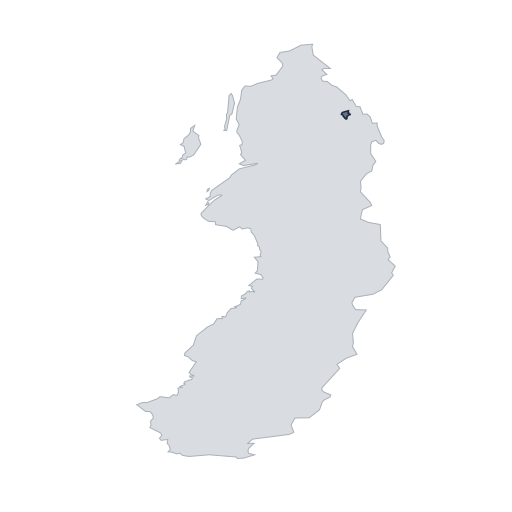 Lerum, Västra Götaland, Sweden (highlighted), rotated 165°
{"feature_id": "70781695B46333437136536", "entity_name": "Lerum", "entity_type": "district", "adm_level": 2, "iso_a3": "SWE", "parent_name": "Sweden", "parent_adm1": "Västra Götaland", "projection": "equal_earth", "projection_center": [12.359, 57.865], "detail": "fine", "context": "in_parent", "style": "filled", "palette": "slate", "viewbox_px": 512, "rotation_deg": 165, "n_neighbors": 0, "source": "geoboundaries", "source_scale": "gbopen_adm2", "svg_char_len": 4289}
<svg xmlns="http://www.w3.org/2000/svg" viewBox="0 0 512 512"><g transform="rotate(165 256 256)"><path d="M108.4,333.0L110.4,336.8L114.7,336.3L116.5,333.5L118.7,325.3L115.8,316.3L119.7,313.2L122.1,308.2L128.1,306.8L135.9,301.0L136.7,295.2L138.5,290.9L131.7,278.0L131.2,274.8L141.3,273.2L145.6,264.7L138.6,259.3L127.8,254.2L131.4,238.2L126.8,229.6L127.5,226.0L126.7,220.4L129.4,218.2L124.1,210.2L129.3,204.7L128.4,201.8L143.2,190.9L153.0,188.8L171.1,190.5L175.4,186.2L175.5,183.9L173.7,178.4L163.5,175.3L174.4,165.6L182.8,156.3L184.3,147.3L186.2,143.5L183.9,134.9L195.5,133.9L205.8,130.4L204.2,125.8L226.5,111.6L227.1,109.1L225.3,106.7L219.7,102.5L221.2,100.5L227.2,99.4L230.1,97.5L234.4,91.0L246.5,86.0L260.3,89.4L265.9,83.7L265.1,75.9L270.0,75.1L306.7,80.0L312.6,77.1L306.3,75.6L312.2,72.5L313.9,70.6L314.4,68.4L314.0,67.2L308.8,64.3L320.2,64.0L326.5,65.3L327.2,67.0L352.6,76.1L372.5,79.7L378.4,82.3L380.7,85.2L383.8,85.4L387.7,88.1L391.6,89.6L388.7,91.5L389.1,95.9L390.3,97.9L388.7,101.6L395.3,102.5L396.5,104.9L393.3,107.2L394.0,109.8L402.9,117.7L401.0,120.3L400.7,123.6L397.2,126.0L396.8,128.5L397.8,131.8L399.1,133.3L402.9,134.4L409.7,143.2L403.6,143.8L398.8,142.6L387.8,143.7L385.2,145.0L376.5,141.5L371.8,143.5L368.4,141.8L366.0,144.6L365.6,148.6L361.6,148.2L363.2,149.7L357.9,150.3L357.6,150.9L358.7,151.9L357.2,153.1L349.8,153.5L349.0,154.8L351.2,156.3L351.2,157.3L346.4,155.9L349.8,158.8L350.7,160.9L341.1,169.2L344.6,171.5L347.7,176.3L350.9,178.4L349.8,180.7L339.6,186.1L334.1,194.4L321.2,200.0L314.3,201.4L309.9,205.5L304.6,204.2L304.5,206.5L301.1,205.1L298.5,208.6L293.8,211.7L288.5,211.1L287.9,211.6L289.6,212.5L283.6,213.3L281.9,216.5L277.4,217.3L276.7,218.3L281.3,218.5L280.5,221.1L275.4,222.4L273.6,224.1L271.3,224.0L271.7,222.8L268.2,222.8L267.1,221.4L266.4,221.7L268.9,226.0L267.3,227.7L270.6,229.3L261.3,233.5L255.5,231.9L254.8,233.2L256.2,236.8L261.3,239.7L258.4,241.5L255.5,250.0L257.9,255.2L251.3,254.1L251.8,256.0L249.9,258.3L250.8,261.7L250.3,263.9L251.9,265.9L251.0,266.9L252.4,276.3L254.4,280.4L253.9,283.6L256.6,285.3L262.4,285.7L264.2,288.4L271.5,286.8L276.9,292.2L286.9,296.7L286.5,299.7L292.9,301.8L296.7,305.9L298.4,309.3L298.0,311.4L288.5,317.1L281.1,320.9L273.4,323.3L273.8,324.2L277.7,324.5L287.0,321.8L289.8,324.2L284.8,325.3L283.9,328.6L281.8,330.8L261.3,338.3L258.6,340.7L249.5,344.5L232.7,344.2L230.2,345.1L244.7,346.6L248.3,349.4L241.4,351.2L244.7,357.9L243.0,359.6L243.1,367.1L240.6,367.2L239.6,370.3L241.1,377.8L242.4,379.9L242.0,382.1L238.2,387.3L239.7,393.4L235.4,404.7L230.5,411.2L226.8,420.0L222.5,423.1L217.3,421.2L209.5,422.3L195.5,422.0L193.7,422.8L194.8,426.1L189.7,425.6L180.9,432.5L180.7,435.8L184.4,442.2L180.1,446.4L170.5,445.4L157.9,448.0L146.5,445.9L147.9,443.7L148.7,435.2L135.7,417.9L141.8,419.6L144.2,418.7L140.5,413.1L145.6,412.8L147.2,410.8L146.3,407.6L142.0,406.1L138.3,401.1L134.4,398.5L127.5,388.5L125.0,381.6L122.6,382.3L120.5,374.4L116.9,373.2L116.1,365.3L112.2,364.5L109.7,360.9L109.3,354.1L104.7,353.2L105.3,350.0L103.8,338.1L102.3,334.4L103.5,331.7L106.0,331.4L108.4,333.0ZM303.8,369.6L301.7,370.3L300.6,372.5L297.3,373.6L297.1,380.5L300.2,383.1L297.1,384.3L295.1,388.0L289.5,390.4L287.3,392.8L286.3,396.2L281.4,398.0L284.7,392.9L279.9,387.1L281.0,385.0L280.3,378.2L290.1,369.7L294.7,368.7L296.9,369.7L297.7,367.6L299.2,367.1L303.8,369.6ZM240.5,417.9L238.0,419.4L237.2,417.2L237.2,409.1L242.5,399.4L245.0,398.6L251.4,385.6L252.1,384.8L254.5,385.6L252.9,386.8L253.0,389.0L248.9,396.0L247.9,400.5L246.4,401.7L240.5,417.9ZM305.7,366.9L305.3,368.8L302.7,367.3L305.0,365.1L310.1,365.7L305.7,366.9ZM291.5,318.0L288.5,320.9L287.8,319.7L288.4,318.3L291.5,318.0ZM285.2,333.2L283.6,333.4L284.7,331.4L286.8,330.9L285.2,333.2Z" fill="#d9dde1" stroke="#a8b0b8" stroke-width="1"/><path d="M129.4,372.4L132.0,372.4L135.5,372.3L136.1,371.7L136.9,371.2L136.9,371.3L136.9,370.8L136.3,370.2L135.9,370.0L135.5,369.2L135.5,368.7L135.6,368.2L135.4,367.8L134.8,367.6L134.7,367.2L134.7,366.6L134.7,366.3L134.1,366.0L133.9,365.7L133.9,365.2L133.1,364.9L132.5,365.3L132.5,365.9L132.3,366.2L132.0,366.7L132.1,367.2L131.8,367.5L131.1,367.7L130.4,367.8L129.7,368.1L128.5,368.2L128.3,368.5L129.0,368.9L129.3,369.5L130.0,370.0L130.2,370.3L129.8,370.8L129.3,370.9L129.5,372.3L129.4,372.4Z" fill="#64748b" stroke="#1e293b" stroke-width="1.5"/></g></svg>